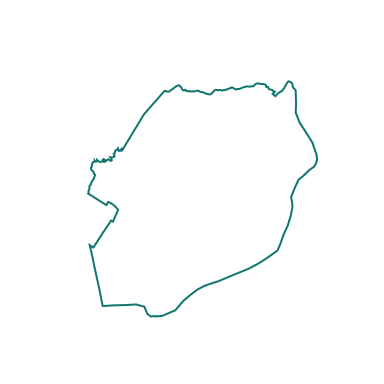 the district of Capital, Corrientes, Argentina, rotated 203°
{"feature_id": "61730980B72419299069197", "entity_name": "Capital", "entity_type": "district", "adm_level": 2, "iso_a3": "ARG", "parent_name": "Argentina", "parent_adm1": "Corrientes", "projection": "mercator", "projection_center": [-58.741, -27.521], "detail": "fine", "context": "isolated", "style": "outline", "palette": "teal", "viewbox_px": 384, "rotation_deg": 203, "n_neighbors": 0, "source": "geoboundaries", "source_scale": "gbopen_adm2", "svg_char_len": 4060}
<svg xmlns="http://www.w3.org/2000/svg" viewBox="0 0 384 384"><g transform="rotate(203 192 192)"><path d="M293.6,182.6L293.5,182.4L294.0,181.8L294.4,181.4L295.0,180.1L294.7,179.0L294.9,177.8L294.2,176.9L294.2,175.8L294.5,174.9L294.1,173.8L293.2,173.1L292.0,172.6L291.1,172.2L290.3,172.0L289.9,171.0L289.0,170.4L287.8,169.8L287.8,168.7L287.8,168.4L287.6,166.8L287.8,165.0L288.0,163.7L288.2,162.7L288.2,161.5L288.3,160.0L288.1,158.6L288.7,157.5L288.4,156.6L288.3,156.2L288.2,155.9L288.1,155.7L287.7,155.1L287.6,154.3L287.6,153.1L287.4,151.7L286.8,150.8L286.9,150.5L287.0,149.9L284.9,149.7L278.9,148.7L273.8,147.8L265.8,146.5L265.2,150.1L261.9,150.0L260.7,149.7L258.5,149.2L255.7,148.1L253.0,146.8L253.0,143.4L253.2,136.6L253.1,133.9L255.3,134.1L258.1,119.5L259.7,110.0L261.2,102.3L265.4,103.1L259.4,94.9L251.8,83.9L240.6,68.2L233.2,57.3L232.4,56.1L231.6,55.0L229.7,52.2L228.5,52.7L225.5,54.2L219.5,57.2L218.0,57.9L211.3,60.9L209.1,61.9L199.5,66.7L198.2,66.8L190.9,67.8L189.1,65.9L185.4,62.3L181.3,61.3L179.4,62.4L177.7,63.0L175.1,64.1L171.3,66.2L171.1,66.2L170.7,66.7L165.8,71.7L162.6,75.2L162.0,75.7L161.1,76.5L157.7,87.8L156.4,90.5L155.8,91.6L153.2,96.8L149.0,104.1L148.0,105.4L146.4,107.3L143.8,110.5L140.4,113.6L132.6,120.4L130.0,123.1L121.9,131.5L118.5,134.9L116.1,137.3L112.2,141.2L110.0,143.4L103.2,151.8L98.0,159.2L95.9,162.6L93.1,167.2L92.5,168.2L90.7,171.1L90.3,172.6L90.4,174.2L90.4,177.4L90.4,178.9L91.0,188.0L91.1,189.2L90.9,195.1L90.8,197.3L90.8,198.9L91.1,201.6L91.8,208.4L93.1,214.9L93.6,217.2L94.7,219.5L96.4,222.7L97.5,223.8L97.9,224.7L98.8,226.5L98.9,229.1L98.9,229.6L99.0,237.4L98.7,245.1L97.1,248.0L95.8,250.4L92.6,258.0L92.2,258.7L91.7,259.4L91.0,260.7L89.6,262.7L89.3,264.2L89.1,266.6L89.0,267.3L89.3,268.8L89.6,271.0L91.4,274.1L91.8,274.8L93.5,276.8L94.1,277.5L95.9,279.4L98.7,282.5L100.6,284.6L106.1,288.5L115.5,294.9L119.9,297.8L122.1,300.1L126.4,304.4L127.5,305.5L128.1,307.0L130.5,313.5L133.4,319.8L136.3,326.1L137.2,326.6L138.3,327.0L139.8,327.6L140.7,328.8L141.5,330.1L141.8,330.4L142.2,330.9L143.5,331.6L145.0,331.8L146.5,331.5L146.9,330.1L147.3,328.6L147.4,327.4L147.5,325.9L147.7,324.8L147.7,323.5L148.2,322.1L148.5,320.5L149.4,319.1L150.3,318.2L151.0,317.1L151.8,315.4L152.3,314.2L152.5,312.9L154.2,313.1L156.1,313.9L155.3,315.5L155.0,316.7L156.5,316.6L158.0,317.3L159.7,317.0L160.9,316.8L162.1,317.2L163.0,318.4L164.5,317.7L165.1,318.3L165.6,319.2L167.1,319.4L168.9,319.0L170.5,318.4L172.2,318.1L173.8,317.7L175.1,316.9L175.9,315.7L176.4,314.3L177.1,313.0L178.2,312.8L179.3,312.2L179.9,311.5L181.1,311.1L182.5,310.8L183.5,310.2L184.9,308.9L186.0,308.2L187.2,306.8L188.3,305.7L189.4,305.0L190.7,304.5L191.4,303.6L192.3,303.5L193.3,303.6L194.3,303.8L195.4,303.9L196.6,303.6L197.1,302.6L198.4,301.8L199.5,300.3L200.7,299.7L201.6,298.5L202.7,298.1L203.8,297.2L205.4,297.1L206.6,296.6L207.9,295.6L209.0,295.7L210.0,295.4L210.9,294.3L211.0,294.0L211.3,293.4L211.6,292.1L212.5,291.0L212.5,289.8L212.8,289.6L213.3,289.0L213.8,288.7L215.4,288.5L215.5,288.4L216.0,288.3L216.4,288.1L217.6,288.2L218.5,288.0L219.5,287.9L220.5,288.1L221.7,288.0L222.9,287.5L224.5,287.5L225.4,287.7L226.5,287.4L227.5,286.8L228.3,286.1L229.9,285.1L231.0,284.8L232.0,284.3L233.1,283.7L234.2,283.8L235.6,282.9L237.0,283.0L238.2,283.5L238.5,283.1L238.8,282.6L239.8,282.2L241.3,282.7L242.6,284.0L244.0,284.5L245.0,285.1L246.2,285.0L247.3,283.7L248.1,282.7L248.9,281.5L249.3,280.6L250.0,279.2L251.0,278.1L251.8,276.5L252.1,275.6L253.0,275.1L254.4,274.6L255.8,274.8L256.0,274.7L256.6,274.4L256.9,274.0L266.5,245.0L272.5,203.7L273.6,204.4L273.9,203.3L273.6,202.1L274.4,202.1L275.5,201.2L276.2,202.2L277.2,203.3L277.6,201.5L278.7,200.2L278.6,199.1L278.4,197.7L278.9,196.3L278.1,195.8L277.2,194.4L278.0,193.5L279.1,192.5L280.7,192.1L279.6,191.4L278.3,190.0L279.0,188.8L280.2,189.0L281.5,189.5L282.5,188.8L282.9,187.7L283.8,186.0L284.7,185.4L285.1,186.3L285.0,187.5L286.1,187.9L286.9,186.4L286.5,185.2L287.4,184.2L288.2,183.8L289.3,183.7L290.9,184.1L292.1,184.5L291.7,182.9L292.7,182.2L293.0,182.2L293.6,182.6Z" fill="none" stroke="#0f766e" stroke-width="2"/></g></svg>